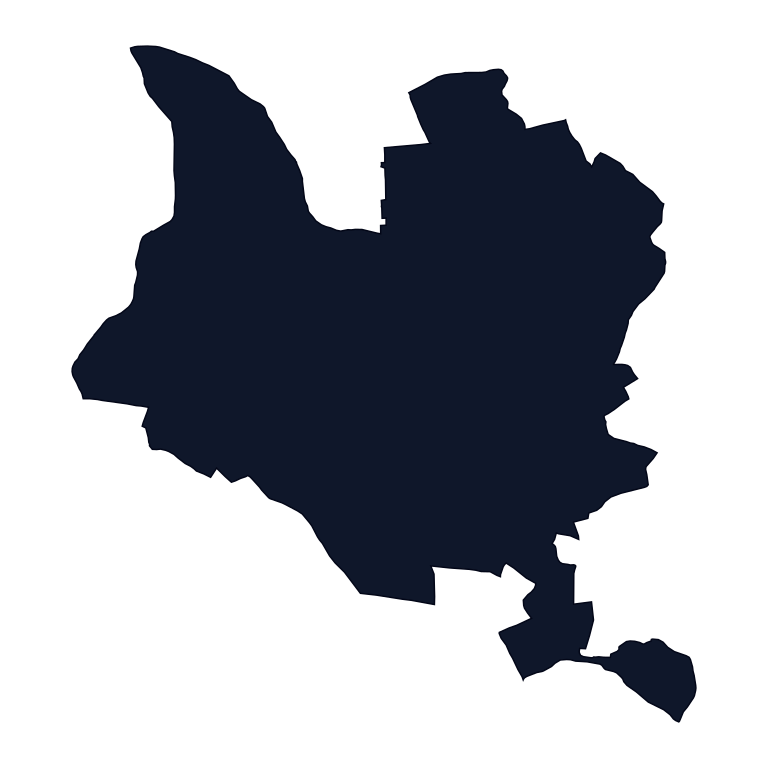 outline of Ploscos, Cluj, Romania
{"feature_id": "2599482B49200001700985", "entity_name": "Ploscos", "entity_type": "district", "adm_level": 2, "iso_a3": "ROU", "parent_name": "Romania", "parent_adm1": "Cluj", "projection": "equal_earth", "projection_center": [23.828, 46.646], "detail": "fine", "context": "isolated", "style": "filled", "palette": "ink", "viewbox_px": 768, "rotation_deg": 0, "n_neighbors": 0, "source": "geoboundaries", "source_scale": "gbopen_adm2", "svg_char_len": 6058}
<svg xmlns="http://www.w3.org/2000/svg" viewBox="0 0 768 768"><path d="M565.6,119.8L564.4,120.5L542.8,125.1L529.3,128.8L525.0,129.4L524.9,126.4L524.4,124.0L521.5,118.4L516.3,114.2L507.8,109.1L507.4,108.0L507.9,103.4L507.6,101.6L506.4,99.7L502.0,94.9L501.6,91.3L502.1,89.3L504.4,86.3L505.2,84.3L507.0,80.9L507.6,78.7L507.5,77.6L506.4,75.8L504.1,73.4L502.8,70.9L501.1,69.7L498.4,69.3L493.5,69.7L489.9,70.4L486.0,72.0L481.7,72.5L465.3,72.6L461.2,73.5L450.8,74.1L444.3,75.1L437.3,77.2L425.0,84.4L408.8,92.7L410.1,95.0L410.3,97.6L411.0,99.9L417.4,115.1L417.7,116.6L420.7,124.0L423.3,129.7L424.9,132.3L428.7,140.7L429.7,142.6L430.5,143.4L420.6,144.6L384.4,147.7L384.8,154.8L384.8,162.6L381.4,162.7L381.5,165.0L381.0,166.7L384.9,168.1L385.1,175.4L385.5,179.9L385.8,199.6L381.3,200.4L381.6,205.1L381.4,206.5L381.8,207.9L382.1,218.3L386.1,218.1L386.1,225.2L380.6,225.5L380.7,233.8L377.2,233.2L362.0,229.5L355.3,229.4L351.2,229.9L348.0,229.7L340.7,231.1L336.4,230.3L330.9,228.0L326.0,226.7L321.4,224.8L315.8,220.9L312.8,216.8L309.4,213.0L308.3,211.2L307.4,206.0L305.3,201.8L304.4,198.5L302.4,181.4L302.4,178.5L299.6,170.4L296.8,164.0L296.4,162.1L296.0,162.2L295.0,159.6L290.9,154.9L286.7,149.4L284.3,144.4L279.6,137.2L275.9,132.1L271.7,122.2L267.5,116.5L264.7,108.2L263.5,106.7L260.2,104.0L251.4,99.7L239.3,91.3L237.3,88.8L234.2,83.2L228.9,75.8L208.9,65.4L202.3,62.8L195.7,59.6L189.9,57.4L177.7,53.5L174.5,51.8L159.5,47.1L155.8,46.5L147.2,46.1L137.4,46.4L134.7,46.8L130.5,48.1L131.0,50.9L131.9,53.0L140.8,67.6L142.5,72.6L143.3,76.2L144.1,77.9L144.4,83.8L148.1,92.9L150.2,96.3L152.4,98.3L158.8,106.7L171.8,121.5L172.2,126.8L173.5,132.6L174.2,137.7L174.4,144.1L174.0,170.6L174.4,175.8L175.3,182.6L175.5,195.4L175.4,199.1L174.5,206.7L174.5,212.4L174.0,216.0L172.0,219.6L170.2,221.5L163.5,225.2L153.5,231.3L151.4,231.2L150.2,232.3L146.0,234.6L143.2,236.7L142.0,238.8L140.4,243.0L139.3,248.9L136.0,261.1L135.8,264.6L136.2,267.5L137.6,271.7L137.5,275.1L135.7,282.6L134.7,285.2L133.9,296.6L133.5,298.8L132.3,301.6L130.8,304.4L128.5,307.2L121.4,312.9L115.7,315.8L108.9,318.2L106.6,320.0L103.3,323.6L100.7,327.3L94.1,335.1L94.1,335.5L87.4,343.9L83.6,350.0L79.9,354.6L78.1,358.7L74.9,362.1L73.0,366.0L72.3,368.3L72.1,371.6L72.7,374.8L73.4,376.7L76.8,383.0L79.4,389.0L81.0,391.5L82.1,394.0L83.2,398.7L89.6,398.7L97.6,399.5L102.1,400.4L127.0,403.8L136.2,405.6L141.1,406.0L148.6,407.3L147.4,411.5L143.3,422.4L142.2,426.2L145.8,427.9L148.3,437.6L148.8,442.2L149.6,444.3L149.5,445.8L152.3,449.3L156.6,449.5L160.5,449.1L165.7,450.3L168.8,451.5L173.9,454.3L178.3,458.2L185.2,463.5L190.7,466.3L194.1,468.8L196.4,471.0L203.8,473.9L210.6,477.3L216.6,468.1L225.2,476.6L231.4,482.2L235.5,480.8L240.5,478.4L245.6,476.7L247.8,475.5L250.0,476.8L251.7,478.5L259.6,487.2L261.7,490.1L268.7,497.7L270.2,498.7L282.0,502.8L285.3,504.4L297.6,510.9L302.3,514.0L309.6,522.8L311.8,525.8L317.5,536.8L319.5,539.9L322.4,543.4L329.6,555.9L335.1,562.9L344.5,572.2L360.4,593.3L376.4,595.1L402.4,599.2L411.4,600.3L434.4,604.5L434.6,596.7L434.0,574.1L430.8,565.9L449.6,567.9L469.2,569.3L475.8,570.2L481.2,571.5L490.2,571.7L497.0,575.4L500.4,576.7L500.5,574.6L503.2,566.7L504.4,564.8L506.1,563.0L513.8,568.0L526.4,578.1L535.7,583.3L535.6,585.3L534.3,588.6L531.3,592.1L527.9,594.7L523.3,600.1L523.7,605.5L524.5,608.2L527.6,613.0L531.6,618.3L516.7,625.3L509.3,627.9L499.3,632.4L499.2,633.5L501.2,638.3L506.2,645.1L509.8,653.4L512.6,658.2L518.0,669.6L522.1,676.7L523.2,679.9L523.8,678.6L524.8,677.6L526.8,676.4L536.8,672.5L541.9,671.5L543.5,670.9L551.5,666.5L555.0,663.2L560.3,660.0L566.6,659.5L570.5,659.7L575.6,661.1L587.1,661.8L599.9,664.1L601.8,665.2L604.0,668.2L605.4,669.5L613.6,671.5L616.6,672.8L621.6,677.5L622.9,679.2L623.8,681.7L627.0,685.4L636.2,691.8L648.3,702.1L663.7,709.7L670.1,714.7L673.4,718.9L675.6,720.5L678.8,721.9L679.4,721.3L680.2,719.5L683.3,711.9L687.4,706.9L693.4,697.9L694.4,695.7L695.6,690.6L695.9,688.0L695.7,685.3L694.1,675.3L693.0,671.0L692.5,666.8L690.4,659.5L689.1,657.3L686.1,655.7L674.3,651.6L667.7,647.3L663.1,642.2L658.4,639.6L652.7,639.1L651.4,639.4L651.0,641.1L646.7,642.6L644.3,644.0L642.8,644.0L639.7,642.5L634.8,641.3L630.1,641.0L626.4,641.6L619.2,646.6L618.9,647.8L619.1,649.4L617.2,651.4L610.8,654.2L610.4,657.4L603.8,657.3L598.7,656.8L594.8,657.2L593.9,656.9L592.6,657.7L591.3,657.8L583.5,656.7L580.6,655.4L579.4,653.0L579.2,651.3L579.7,648.4L585.5,648.7L589.5,635.6L593.5,620.0L591.5,601.9L573.6,604.2L573.8,573.5L574.6,570.0L575.7,566.7L575.7,565.9L575.0,565.2L573.8,564.8L570.3,565.0L567.9,564.4L562.4,563.7L559.9,562.3L558.2,560.0L556.7,556.3L555.9,548.7L555.3,546.5L554.1,545.1L552.1,543.6L554.6,539.3L556.3,533.0L558.7,533.8L570.2,535.7L578.7,539.4L578.4,535.9L573.4,522.1L587.9,518.3L588.8,513.0L596.7,510.3L601.4,506.7L604.8,501.8L610.9,497.0L620.7,493.3L644.5,487.3L646.8,486.4L648.2,484.8L646.8,474.7L645.6,469.4L645.8,467.6L646.2,466.5L653.2,458.5L657.1,452.8L651.0,449.5L644.2,446.9L637.7,445.4L633.8,443.5L630.3,443.0L626.4,441.6L613.9,438.4L608.8,434.9L608.0,434.0L606.4,428.5L605.6,424.6L605.9,421.8L604.9,420.1L603.9,416.5L604.9,415.2L608.1,413.6L614.5,409.3L624.8,401.3L628.8,398.9L628.2,396.6L625.8,391.4L623.4,387.3L637.6,378.6L634.3,374.6L632.6,372.0L630.4,367.4L627.7,365.5L625.1,364.8L621.8,364.4L613.6,364.5L613.5,363.9L614.8,362.1L616.5,359.0L619.4,351.9L620.2,348.5L621.5,345.5L624.3,337.3L625.2,333.2L626.4,330.1L628.1,323.5L628.4,319.7L631.4,315.4L632.9,311.6L638.6,304.0L644.9,298.8L654.1,289.2L655.0,287.3L664.1,273.2L664.6,271.3L664.9,265.3L665.6,263.1L665.6,261.5L664.9,258.5L664.7,252.4L659.5,248.7L653.8,245.2L652.7,244.2L651.6,242.3L649.7,236.9L650.5,235.0L652.5,232.4L657.3,226.6L660.1,224.0L661.3,222.4L661.6,220.9L662.1,210.8L663.7,203.9L661.9,203.0L660.0,201.1L656.2,196.0L652.5,191.7L639.7,182.2L632.8,174.4L625.2,170.5L625.0,169.8L622.8,166.2L620.2,163.4L605.6,155.0L600.5,152.9L595.1,158.5L594.1,161.9L591.7,167.0L589.9,163.9L586.1,161.0L581.3,148.4L579.3,144.4L577.4,141.8L575.4,140.3L574.2,139.0L571.8,135.9L569.7,132.4L568.3,129.2L567.6,126.1L566.2,122.5L565.6,119.8Z" fill="#0f172a" stroke="#020617" stroke-width="1.5"/></svg>